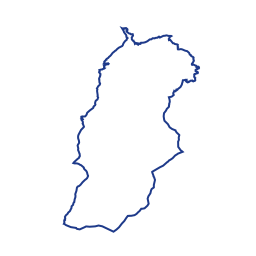 Repedea, Maramures, Romania (Equal Earth projection), rotated 169°
{"feature_id": "2599482B52197218257293", "entity_name": "Repedea", "entity_type": "district", "adm_level": 2, "iso_a3": "ROU", "parent_name": "Romania", "parent_adm1": "Maramures", "projection": "equal_earth", "projection_center": [24.385, 47.886], "detail": "fine", "context": "isolated", "style": "outline", "palette": "blue", "viewbox_px": 256, "rotation_deg": 169, "n_neighbors": 0, "source": "geoboundaries", "source_scale": "gbopen_adm2", "svg_char_len": 5774}
<svg xmlns="http://www.w3.org/2000/svg" viewBox="0 0 256 256"><g transform="rotate(169 128 128)"><path d="M114.8,227.0L113.8,224.3L113.6,222.7L112.1,219.7L112.0,218.9L112.2,218.0L112.1,217.3L111.9,216.9L111.3,216.7L111.3,216.2L112.3,215.5L112.6,214.7L114.1,214.0L115.8,212.5L116.7,211.4L117.2,210.4L118.0,209.6L121.9,208.5L122.7,208.0L123.4,207.7L125.2,206.4L125.8,206.3L127.1,205.5L128.7,204.7L130.9,202.7L131.9,202.0L133.0,201.5L133.5,201.0L134.0,200.6L135.8,199.9L136.2,199.4L136.2,199.2L136.7,199.2L137.3,198.4L138.1,198.1L138.4,197.4L138.7,197.3L138.6,196.7L139.0,196.3L138.7,196.2L138.8,195.5L135.5,195.3L135.6,195.0L134.9,194.6L135.1,194.4L135.8,194.8L137.2,194.9L137.4,194.7L137.1,194.4L139.8,194.3L139.7,193.9L139.4,193.7L139.2,193.3L139.9,192.5L140.0,191.4L139.5,191.1L139.8,190.9L141.4,190.7L142.0,190.4L143.2,190.5L145.0,190.4L144.9,189.6L145.3,189.2L145.1,188.6L145.7,188.2L145.1,186.7L144.7,186.2L145.1,185.3L145.2,184.6L145.6,184.3L145.7,183.8L146.6,182.6L147.1,181.6L146.9,180.6L147.1,180.3L147.3,178.3L147.3,177.8L147.0,177.5L146.9,176.9L147.4,175.9L149.4,174.6L150.3,173.4L151.0,172.8L150.7,171.7L151.1,170.9L151.3,170.1L151.5,165.8L151.9,164.9L151.5,163.7L151.8,163.3L152.1,162.5L152.6,161.8L154.3,161.0L154.6,160.7L155.2,159.6L155.6,158.6L155.5,157.3L156.0,156.6L157.0,156.1L157.8,155.5L158.0,154.8L158.4,154.3L162.0,152.6L164.9,150.9L165.5,150.3L165.7,149.7L166.1,149.0L167.7,147.6L169.3,147.7L170.6,148.1L171.5,148.0L171.4,147.5L171.9,146.9L171.2,146.6L170.8,145.4L171.5,145.5L172.1,145.2L172.1,144.9L171.2,143.2L171.3,141.4L171.7,141.0L171.4,140.1L171.0,137.6L171.4,137.2L174.4,135.1L177.8,130.9L178.5,129.6L178.8,128.2L178.9,127.3L178.6,125.0L178.7,123.2L179.1,122.4L180.3,121.2L180.8,120.4L180.7,117.5L181.2,116.0L180.7,113.5L180.6,112.4L180.4,111.9L180.5,111.0L180.6,109.8L180.8,109.3L181.4,108.9L181.6,108.3L181.9,108.0L183.5,107.2L187.4,104.8L188.3,104.0L187.4,103.5L184.9,103.0L183.3,102.2L182.2,101.1L181.2,100.5L179.1,97.9L178.9,97.5L179.0,96.8L178.8,96.4L178.7,95.9L177.2,93.9L176.7,92.3L176.6,89.8L176.3,88.9L176.4,88.4L177.7,86.6L178.9,85.8L179.9,85.4L183.0,83.4L185.6,81.2L187.1,80.4L188.6,80.1L189.5,79.2L190.6,76.2L192.4,73.1L192.5,71.4L192.9,70.0L194.0,68.1L194.9,65.5L195.3,65.4L195.8,64.8L196.3,63.8L196.5,63.1L198.3,61.9L198.9,60.0L200.0,58.8L200.5,57.9L201.2,57.3L202.8,56.4L203.8,55.2L205.7,54.1L206.9,52.7L206.9,52.4L206.8,51.6L207.0,50.8L207.4,50.6L207.4,49.8L207.6,49.8L207.7,50.1L208.2,49.6L208.1,49.1L208.4,48.6L208.5,47.3L209.2,46.2L208.9,46.1L207.4,44.5L203.0,41.6L198.0,39.8L197.7,39.1L197.1,38.6L194.7,37.7L189.1,39.0L188.4,39.3L187.6,39.3L184.5,38.4L178.9,37.7L175.5,37.9L172.0,36.4L162.0,29.0L158.7,30.5L155.7,32.3L152.2,35.4L149.4,37.4L146.7,40.2L145.0,41.7L143.8,41.5L143.7,41.6L141.6,41.2L138.2,41.2L136.1,42.0L133.8,43.6L132.6,44.2L130.4,46.2L129.2,46.0L127.1,46.0L123.8,48.0L122.2,49.7L122.2,54.9L121.0,57.1L118.5,59.6L117.3,62.3L116.4,63.6L114.0,64.7L113.5,67.2L111.4,71.9L111.7,73.9L111.7,74.6L112.2,75.5L112.1,76.3L112.7,79.8L112.6,80.4L104.1,83.4L100.7,84.3L95.9,87.1L95.2,87.3L93.8,88.4L92.6,88.7L90.0,89.8L87.0,92.0L84.4,93.0L83.9,93.3L78.9,94.2L79.5,95.0L79.9,95.2L80.6,96.2L82.3,99.9L81.4,105.1L80.7,106.0L80.2,107.1L80.1,108.6L79.9,109.3L79.0,111.2L79.0,111.4L81.1,114.3L81.8,116.0L81.8,116.6L84.9,118.6L87.0,120.8L88.1,124.2L90.8,128.1L90.9,129.5L90.8,132.3L90.6,133.2L89.8,135.7L87.4,137.8L86.3,139.3L83.8,141.0L83.6,141.5L83.6,141.9L83.4,142.2L83.4,142.7L83.0,143.2L83.0,143.9L82.4,144.8L81.9,146.2L81.8,148.4L82.0,150.4L79.5,150.4L78.6,150.7L77.9,151.0L77.3,151.7L76.8,151.8L77.0,153.3L76.9,153.7L76.0,154.8L75.6,155.5L75.4,155.2L74.9,155.0L74.3,155.0L73.2,156.4L72.7,155.9L72.1,156.2L72.0,156.5L68.7,158.2L66.9,160.3L66.2,161.9L65.7,162.6L65.4,163.6L65.0,164.4L63.6,164.2L62.5,164.4L61.5,164.2L61.8,163.8L61.6,163.5L61.9,163.4L62.1,162.8L61.7,162.2L60.8,161.4L59.8,161.5L59.7,161.7L59.8,161.8L59.7,161.9L59.0,161.8L57.5,162.5L56.9,162.3L56.1,162.4L55.7,162.3L55.5,161.6L55.0,161.3L54.1,161.6L53.7,161.5L53.1,161.7L52.9,161.9L52.7,163.8L52.5,164.2L52.8,164.4L52.9,165.0L53.3,165.6L53.0,166.3L52.8,167.9L52.4,168.3L51.8,168.3L51.4,168.2L50.4,168.5L49.1,168.5L48.8,169.1L48.9,169.6L50.8,170.9L50.6,172.1L49.6,172.6L48.7,172.5L47.8,173.0L47.1,173.0L46.8,173.4L46.8,174.0L47.0,174.6L47.3,174.8L47.9,174.6L48.1,174.3L48.6,174.2L49.1,174.7L48.9,174.8L48.5,174.7L48.3,175.1L48.9,175.4L49.3,176.2L50.3,176.7L52.0,178.0L52.3,178.1L52.9,177.7L53.1,177.8L53.2,178.3L53.0,178.9L52.3,179.4L51.2,180.6L50.9,181.2L50.5,181.4L50.5,182.1L50.7,182.7L50.5,183.3L50.6,183.5L50.6,183.9L50.2,184.7L50.8,185.5L51.8,186.2L52.4,186.9L52.4,187.6L53.4,188.3L53.5,189.5L53.7,190.1L55.2,192.1L57.3,193.1L59.6,194.7L60.6,195.2L61.4,195.4L62.8,195.4L63.9,195.6L64.1,196.1L63.8,197.0L63.8,197.6L63.4,197.9L63.7,198.5L63.4,199.9L63.2,200.1L63.3,200.3L63.8,200.7L66.0,201.5L66.8,202.4L67.7,202.6L69.7,206.4L71.0,206.4L71.0,207.6L70.3,208.2L70.0,209.0L69.3,209.5L67.9,210.0L68.0,210.1L69.2,210.4L70.5,210.6L72.3,211.5L73.0,211.6L74.0,211.5L75.7,211.7L79.5,210.7L79.8,210.9L79.7,211.4L79.9,211.7L80.3,211.8L82.0,211.0L83.3,211.2L84.4,211.1L84.7,210.9L86.7,211.4L88.1,210.6L89.8,210.8L92.3,209.5L94.6,208.9L96.6,208.8L98.9,209.2L99.7,208.2L100.0,208.2L100.2,208.7L100.7,208.5L101.0,208.7L102.1,207.8L102.6,208.2L103.0,208.7L102.8,209.3L103.6,209.2L103.5,209.6L103.6,209.8L104.8,210.2L105.2,209.8L105.3,211.2L106.0,212.0L106.1,212.4L106.0,212.7L106.6,212.9L107.3,214.2L107.1,215.6L107.1,216.1L106.6,216.5L106.3,217.1L105.7,217.4L105.4,217.9L105.5,219.2L107.2,219.4L107.8,220.2L108.4,220.3L109.0,220.7L110.6,222.5L111.0,223.4L110.4,223.6L110.3,223.9L110.0,224.0L109.7,225.0L110.0,225.5L110.4,225.4L111.0,225.8L111.0,226.5L112.3,226.6L112.0,226.3L112.7,226.1L114.1,226.5L114.8,227.0Z" fill="none" stroke="#1e3a8a" stroke-width="2"/></g></svg>